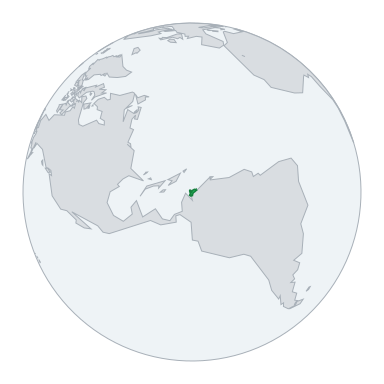 Falcón on an orthographic globe, rotated 317°
{"feature_id": "VEN-23", "entity_name": "Falcón", "entity_type": "State", "adm_level": 1, "iso_a3": "VEN", "parent_name": "Venezuela", "parent_adm1": "", "projection": "orthographic", "projection_center": [-69.856, 11.252], "detail": "fine", "context": "on_globe", "style": "filled", "palette": "green", "viewbox_px": 384, "rotation_deg": 317, "n_neighbors": 0, "source": "natural_earth", "source_scale": "10m", "svg_char_len": 10000}
<svg xmlns="http://www.w3.org/2000/svg" viewBox="0 0 384 384"><g transform="rotate(317 192 192)"><circle cx="192" cy="192" r="169" fill="#eef3f6" stroke="#a8b0b8"/><path d="M167.8,200.3L163.9,198.4L159.9,203.3L146.7,194.7L142.2,184.5L103.1,166.0L99.5,160.7L100.0,152.4L90.6,124.5L93.0,150.1L88.7,144.8L85.9,135.5L88.3,133.5L87.7,120.3L84.3,115.0L87.1,99.4L99.9,81.2L100.5,84.2L103.5,80.0L103.0,76.1L101.9,74.7L111.7,58.9L111.8,50.8L106.2,52.1L111.9,49.2L97.5,55.1L94.0,55.6L101.5,52.8L104.9,50.9L104.2,49.8L107.6,47.7L109.2,46.2L113.3,44.0L117.3,43.1L120.0,41.8L119.4,41.2L123.1,39.1L123.6,40.1L130.1,36.5L138.1,35.6L136.2,42.1L144.0,41.6L151.1,48.9L153.9,47.1L158.3,49.4L163.2,48.4L163.1,50.5L167.1,48.0L166.2,46.2L167.7,44.6L170.5,44.0L170.9,46.5L169.5,47.1L171.1,47.6L170.1,49.2L172.2,48.0L172.3,51.4L176.3,47.3L179.9,49.4L178.9,51.9L173.6,52.6L158.1,61.8L155.4,65.5L157.0,69.4L171.2,74.4L170.5,78.4L173.5,83.2L176.4,80.2L175.1,75.6L181.2,71.8L178.8,67.1L181.0,65.1L180.7,60.4L186.6,60.3L192.4,62.9L192.9,67.0L195.4,68.5L199.7,64.3L205.1,72.2L216.6,78.3L217.4,80.8L210.4,85.4L198.5,85.7L189.5,93.7L201.2,87.9L203.0,95.0L205.7,96.2L209.0,95.7L210.7,93.0L212.5,95.5L201.6,101.7L199.8,99.4L203.2,97.3L197.7,97.8L190.3,102.9L191.8,106.5L179.1,111.9L180.0,114.8L177.7,117.9L177.2,112.8L177.9,122.3L163.3,133.1L164.1,150.8L156.9,137.0L150.5,135.4L142.7,135.6L142.6,138.4L132.3,136.0L122.7,141.8L118.6,155.6L121.8,166.6L133.3,167.4L137.0,161.5L145.5,160.4L138.9,176.6L153.8,179.3L152.0,191.5L156.3,197.9L163.9,196.4L171.7,199.5L177.4,192.4L186.5,188.5L186.6,198.4L191.7,189.3L196.8,194.0L215.0,193.3L213.6,195.6L229.0,206.7L245.6,211.0L249.4,218.0L247.4,222.5L253.2,223.4L253.3,226.3L276.1,228.9L287.6,234.8L287.1,244.7L277.2,256.9L267.8,280.7L249.9,289.4L245.0,298.5L230.5,311.8L219.8,311.3L222.5,317.2L216.3,320.9L209.2,321.4L207.8,325.5L202.5,325.6L205.9,328.2L197.3,333.4L199.6,337.4L193.3,341.2L195.1,343.3L192.7,343.3L190.2,344.1L190.0,345.2L182.8,343.1L180.8,338.1L183.4,335.5L180.3,335.0L185.8,328.0L182.4,329.4L183.2,318.3L188.1,308.7L191.1,279.0L187.5,272.9L174.5,265.6L158.8,241.8L162.9,232.1L159.5,227.4L170.7,213.5L167.8,200.3ZM32.6,140.5L33.9,136.8L33.4,139.4L32.6,140.5ZM34.5,134.3L34.1,135.6L34.4,134.5L34.5,134.3ZM34.7,133.4L34.6,134.1L34.5,133.7L34.7,133.4ZM34.7,132.7L34.7,132.9L34.7,133.1L34.7,132.7ZM163.0,156.8L180.1,165.4L170.2,166.4L172.1,164.9L167.8,161.3L159.7,158.0L151.1,159.7L163.0,156.8ZM35.2,130.4L35.4,129.8L35.6,129.6L35.2,130.4ZM171.1,147.1L168.1,146.4L171.0,146.3L171.1,147.1ZM100.9,74.5L102.6,76.3L101.8,80.8L100.0,79.5L100.9,74.5ZM102.9,66.9L104.7,66.8L101.1,70.8L101.2,69.6L102.9,66.9ZM101.5,53.9L102.3,54.5L100.4,54.7L101.5,53.9ZM108.7,46.4L107.4,47.0L108.8,46.0L108.7,46.4ZM177.5,60.9L179.1,60.7L178.3,61.6L177.5,60.9ZM176.0,59.2L174.0,60.5L172.9,59.9L174.2,59.1L176.0,59.2ZM116.3,41.9L119.0,40.3L117.0,41.7L116.3,41.9ZM178.7,57.8L171.3,58.7L169.5,57.7L172.8,53.9L178.7,57.8ZM120.9,39.4L127.2,36.2L124.9,37.0L135.1,33.3L126.3,36.9L124.3,38.3L123.5,38.3L120.9,39.4ZM164.7,46.0L165.8,47.8L162.3,46.9L164.7,46.0ZM162.2,45.9L149.5,46.5L149.3,44.0L153.6,44.1L151.3,41.6L157.5,39.9L160.1,41.0L159.0,42.9L162.2,40.9L162.2,45.9ZM139.7,31.9L141.8,31.2L140.3,31.8L139.7,31.9ZM168.0,44.0L165.4,44.2L165.1,41.9L170.2,41.1L168.6,42.0L168.0,44.0ZM147.7,41.9L148.4,40.2L153.5,38.4L154.5,37.6L157.6,39.7L147.7,41.9ZM170.1,42.3L172.7,40.8L175.4,41.4L170.4,43.6L170.1,42.3ZM162.9,41.7L163.0,40.6L164.6,40.9L162.9,41.7ZM186.4,43.3L183.4,43.3L183.0,42.0L186.4,43.3ZM173.5,40.2L172.6,40.0L172.1,39.6L174.3,38.9L173.5,40.2ZM161.1,38.4L163.1,38.1L160.0,37.4L163.8,36.3L165.2,38.0L166.2,36.8L167.3,36.5L167.2,38.3L161.1,38.4ZM175.0,37.0L178.1,39.2L183.8,39.4L184.4,40.4L175.0,40.0L175.0,37.0ZM170.4,37.5L173.4,37.4L172.6,38.6L170.0,39.5L170.4,37.5ZM165.8,35.0L159.7,36.3L159.6,35.9L165.8,35.0ZM176.9,36.7L176.1,36.2L177.4,36.6L176.9,36.7ZM169.4,35.2L167.3,35.6L167.2,35.1L169.4,35.2ZM176.3,35.0L177.3,35.6L175.6,36.2L176.3,35.0ZM173.3,34.9L173.7,34.1L174.4,36.0L172.3,35.1L173.3,34.9ZM169.7,34.7L169.0,34.5L170.6,34.6L169.7,34.7ZM182.1,32.8L183.4,35.0L179.7,36.1L179.0,33.8L182.1,32.8ZM194.8,347.4L183.4,343.9L189.8,345.5L194.2,343.7L200.2,346.2L194.8,347.4ZM207.7,342.4L212.8,341.3L214.0,341.8L210.8,342.8L207.7,342.4ZM326.0,89.1L326.4,89.6L321.7,84.0L317.8,79.2L326.0,89.1ZM306.1,67.4L306.1,67.5L315.3,76.7L318.0,79.4L320.8,83.8L325.5,89.0L327.9,92.6L320.9,85.3L318.1,82.0L309.0,76.1L312.3,79.8L321.1,85.8L320.4,85.9L324.8,91.8L320.9,87.5L310.5,80.7L310.0,85.9L317.4,103.1L315.4,106.2L310.2,105.4L299.5,90.8L305.0,85.5L301.3,81.1L293.3,76.6L295.7,75.7L293.1,73.5L294.5,71.6L289.8,64.8L290.2,62.8L281.9,56.4L281.0,54.8L286.2,58.9L290.0,61.0L290.3,57.4L288.4,55.6L283.0,51.9L283.7,51.7L278.4,48.7L275.4,45.9L274.6,47.1L268.2,43.7L262.8,40.4L260.6,39.7L269.3,45.3L272.9,47.4L276.2,48.8L286.0,55.8L287.3,58.0L276.6,52.1L277.3,54.9L268.6,49.8L250.3,36.7L246.0,33.7L252.5,34.4L257.3,36.4L257.3,36.9L263.3,39.0L259.9,37.6L260.5,37.7L254.5,35.1L248.7,33.0L248.2,32.7L252.0,34.1L248.7,32.9L261.3,37.9L273.3,43.9L284.9,50.9L295.8,58.7L306.1,67.4ZM139.2,31.5L142.0,30.6L135.1,33.3L124.9,37.0L125.2,36.8L118.6,39.8L119.0,39.6L139.2,31.5ZM343.7,266.5L352.1,244.2L356.2,230.2L357.9,220.6L357.6,201.7L358.0,189.0L356.9,184.8L355.3,187.8L353.6,182.8L352.2,183.8L340.6,194.9L334.5,189.5L321.2,169.4L321.4,159.0L317.0,148.7L315.2,106.9L319.8,106.8L324.0,96.3L325.4,96.6L330.4,104.5L337.9,109.0L333.9,101.5L335.2,102.3L341.3,112.9L346.6,123.9L351.2,135.3L354.9,147.0L357.7,158.9L359.7,171.0L360.7,183.3L360.9,195.5L360.2,207.8L358.6,219.9L356.2,232.0L352.8,243.8L348.7,255.3L343.7,266.5ZM321.7,126.0L323.1,129.1L321.7,126.0ZM215.6,193.1L217.8,195.0L214.9,195.1L215.6,193.1ZM168.7,170.5L172.3,170.7L174.2,172.3L171.4,172.8L168.7,170.5ZM199.7,170.6L203.9,171.4L199.5,172.3L199.7,170.6ZM182.8,166.5L196.3,170.3L187.7,173.3L179.1,171.0L185.1,170.2L182.8,166.5ZM169.1,152.7L171.4,153.5L170.7,155.3L169.1,152.7ZM173.2,147.1L172.3,147.2L171.2,145.7L173.2,147.1ZM203.6,94.6L204.5,94.2L207.9,94.4L206.3,95.6L203.6,94.6ZM223.0,88.8L225.5,93.2L222.6,90.7L220.8,92.9L212.5,90.8L217.3,81.9L216.6,86.1L223.0,88.8ZM202.8,86.2L207.5,88.1L202.1,86.4L202.8,86.2ZM277.5,64.8L280.2,65.3L282.9,68.1L282.3,72.0L278.4,67.8L277.5,64.8ZM283.4,65.6L272.9,59.4L272.9,57.2L274.7,59.4L275.7,58.6L278.9,61.9L289.0,66.4L292.1,69.3L289.4,74.0L288.6,70.7L286.0,70.1L283.4,65.6ZM246.3,52.1L241.8,50.6L247.5,47.6L251.1,49.4L250.8,52.9L246.3,53.0L246.3,52.1ZM185.9,51.6L183.8,52.1L183.7,51.3L185.4,50.2L185.9,51.6ZM185.1,43.4L195.0,48.8L193.1,49.5L201.2,52.4L199.4,55.7L194.2,53.6L198.8,58.5L193.4,58.0L197.1,61.3L185.7,56.3L181.0,56.3L187.0,54.9L188.8,51.9L188.2,50.6L182.9,47.2L173.7,46.3L174.1,43.6L176.8,41.9L179.0,41.7L178.1,43.4L181.8,41.9L182.2,44.3L185.1,43.4ZM208.1,30.4L206.1,31.3L213.6,30.9L214.0,32.3L214.9,32.2L217.3,33.6L221.7,35.2L221.1,35.9L223.1,36.2L224.8,37.3L227.3,38.2L227.1,39.8L230.1,41.0L228.3,41.2L233.6,42.9L229.6,42.4L231.3,44.1L234.3,43.7L227.1,53.1L227.2,58.2L229.6,63.1L222.3,62.2L215.5,57.4L209.9,51.5L210.9,47.1L207.4,47.8L206.8,45.9L209.8,46.1L204.9,44.8L205.2,43.4L200.3,39.6L193.0,39.1L191.0,37.9L194.0,37.5L189.9,36.7L194.2,35.2L192.9,34.4L195.9,32.4L202.5,32.4L200.5,31.5L202.7,30.3L208.1,30.4ZM183.2,32.3L191.0,31.3L195.0,31.8L188.2,35.2L188.8,36.1L184.5,38.8L178.7,38.1L180.5,37.4L180.8,36.5L182.5,37.1L181.4,36.0L183.8,35.0L183.6,34.0L186.2,33.9L183.2,32.3ZM323.8,93.1L324.2,92.8L324.3,91.5L327.1,95.5L323.8,93.1ZM316.8,88.6L316.8,87.5L320.8,92.0L320.3,92.5L316.8,88.6ZM313.4,83.5L316.5,87.1L314.5,85.5L313.4,83.5ZM285.8,58.0L285.3,56.9L286.6,57.7L288.4,59.3L285.8,58.0ZM230.5,31.1L228.7,31.1L227.7,30.7L221.9,30.0L221.1,29.1L224.4,29.2L230.5,31.1ZM328.9,93.6L329.6,94.1L329.7,94.7L328.9,93.6ZM228.7,30.0L226.4,29.7L227.4,29.4L228.7,30.0ZM220.3,28.5L220.9,28.1L220.4,28.9L220.3,28.5ZM236.4,29.0L236.6,29.1L227.4,26.9L218.9,25.2L227.8,26.9L233.8,28.3L235.1,28.6L236.4,29.0ZM197.5,23.1L196.4,23.1L194.8,23.1L197.5,23.1ZM199.1,23.2L201.2,23.4L198.3,23.4L197.2,23.2L199.1,23.2ZM215.3,25.7L218.0,26.2L217.1,26.3L215.3,25.7ZM141.0,31.3L141.7,31.2L139.9,31.7L141.0,31.3Z" fill="#d9dde1" stroke="#a8b0b8" stroke-width="1"/><path d="M187.9,192.8L188.2,192.6L188.3,192.6L188.5,192.5L189.1,192.2L189.5,192.0L189.8,192.0L190.1,192.0L190.2,191.9L190.1,192.0L190.1,191.9L190.3,191.9L190.6,191.8L190.7,191.7L190.8,191.7L191.1,191.6L191.2,191.4L191.3,191.4L191.3,191.5L191.3,191.4L191.5,191.4L191.4,191.3L191.5,191.3L191.4,191.3L191.4,191.2L191.2,191.2L191.3,191.2L191.2,191.1L191.3,191.1L191.5,191.2L191.7,191.3L191.7,191.2L191.8,191.2L191.8,191.3L192.0,191.4L192.0,191.5L192.2,191.4L192.3,191.4L192.3,191.2L192.2,191.1L192.2,190.9L192.1,190.7L192.1,190.8L192.1,190.7L191.9,190.7L191.9,190.8L191.7,190.8L191.4,190.8L191.2,190.9L191.0,191.0L191.0,190.9L190.9,190.9L191.0,190.8L191.0,190.7L190.9,190.7L191.0,190.6L191.0,190.4L190.9,190.4L190.9,190.5L190.9,190.4L190.8,190.2L190.7,190.2L190.8,190.0L190.8,189.9L190.9,189.7L191.0,189.6L191.2,189.4L191.4,189.3L191.5,189.2L191.7,189.3L191.8,189.3L192.1,189.7L192.1,189.9L192.1,190.0L192.1,190.4L192.3,190.9L192.4,191.1L192.5,191.3L192.8,191.4L193.0,191.2L193.3,191.3L193.5,191.2L193.8,191.2L194.1,191.3L194.3,191.4L194.9,191.4L195.0,191.5L195.3,191.7L195.5,191.7L195.5,191.8L195.8,192.0L196.0,192.1L196.2,192.3L196.4,192.5L196.5,192.9L196.6,193.0L196.5,192.9L196.4,192.9L196.3,193.0L196.6,193.0L196.4,193.2L196.4,193.3L196.5,193.5L196.6,193.8L195.9,193.8L195.7,193.7L195.4,193.5L195.2,193.5L194.8,193.7L194.7,193.6L194.4,193.6L194.2,193.7L193.8,193.6L193.7,193.6L193.2,193.6L192.9,193.5L192.6,193.4L192.4,193.5L192.2,193.6L191.9,193.6L191.7,193.7L191.5,193.8L191.4,193.8L191.2,193.8L190.9,193.9L190.9,194.0L190.7,194.0L190.4,194.2L190.4,194.3L190.2,194.3L190.1,194.5L189.9,194.6L189.7,194.7L189.7,194.8L189.5,194.7L189.4,194.7L189.4,194.4L189.1,194.3L188.9,194.4L188.7,194.3L188.6,194.2L188.6,193.9L188.4,193.8L188.5,193.8L188.5,193.7L188.4,193.7L188.5,193.5L188.4,193.4L188.2,193.2L187.9,192.9L187.9,192.8Z" fill="#22c55e" stroke="#15803d" stroke-width="1.5"/></g></svg>